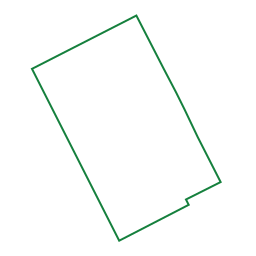 Bennett, South Dakota, United States of America, rotated 243°
{"feature_id": "52423323B93882616989582", "entity_name": "Bennett", "entity_type": "district", "adm_level": 2, "iso_a3": "USA", "parent_name": "United States of America", "parent_adm1": "South Dakota", "projection": "mercator", "projection_center": [-101.7, 43.193], "detail": "fine", "context": "isolated", "style": "outline", "palette": "green", "viewbox_px": 256, "rotation_deg": 243, "n_neighbors": 0, "source": "geoboundaries", "source_scale": "gbopen_adm2", "svg_char_len": 313}
<svg xmlns="http://www.w3.org/2000/svg" viewBox="0 0 256 256"><g transform="rotate(243 128 128)"><path d="M31.6,69.0L32.0,147.2L38.0,147.2L37.8,186.0L88.6,186.0L118.4,186.8L137.6,187.0L164.9,186.7L223.9,186.5L224.1,186.5L224.4,186.5L224.3,69.3L31.6,69.0Z" fill="none" stroke="#15803d" stroke-width="2"/></g></svg>